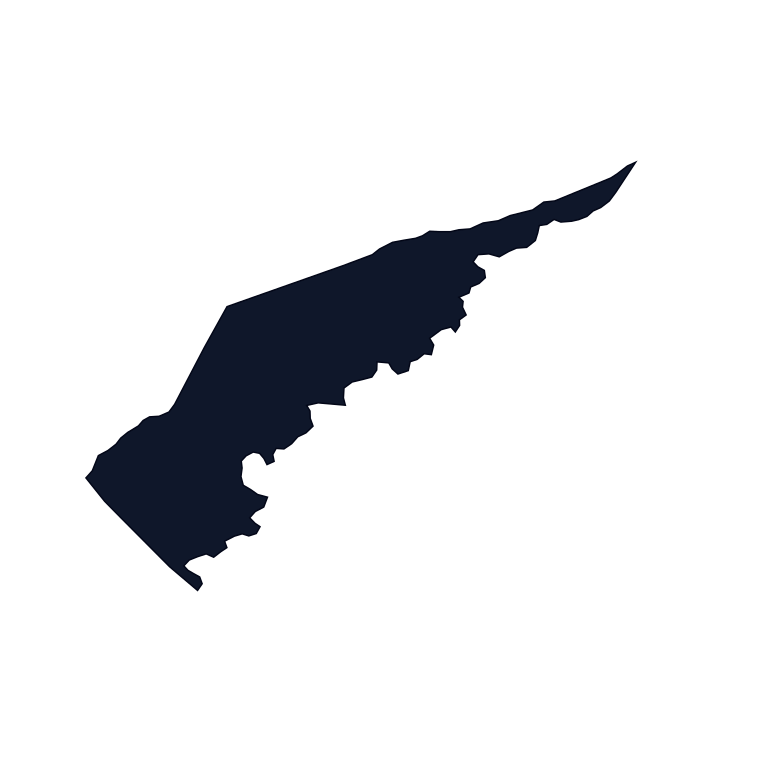 outline of São Miguel do Aleixo, Sergipe, Brazil, rotated 70°
{"feature_id": "56859067B31115724178454", "entity_name": "São Miguel do Aleixo", "entity_type": "district", "adm_level": 2, "iso_a3": "BRA", "parent_name": "Brazil", "parent_adm1": "Sergipe", "projection": "equal_earth", "projection_center": [-37.356, -10.368], "detail": "fine", "context": "isolated", "style": "filled", "palette": "ink", "viewbox_px": 768, "rotation_deg": 70, "n_neighbors": 0, "source": "geoboundaries", "source_scale": "gbopen_adm2", "svg_char_len": 1883}
<svg xmlns="http://www.w3.org/2000/svg" viewBox="0 0 768 768"><g transform="rotate(70 384 384)"><path d="M283.1,100.6L261.7,71.8L262.4,80.7L266.4,93.4L268.0,100.6L270.4,160.9L267.7,171.6L271.3,184.8L268.9,207.8L269.7,220.7L266.6,235.8L267.7,250.1L264.7,260.8L263.6,269.4L259.6,280.4L256.1,288.8L257.9,297.2L257.9,304.5L255.8,315.6L253.8,327.5L255.6,342.0L258.5,350.7L258.8,382.2L257.6,505.0L288.4,540.5L331.5,587.7L336.8,595.7L337.4,606.4L334.7,615.5L335.9,622.8L339.4,629.1L341.8,641.2L344.8,649.9L348.9,656.3L352.1,666.2L353.6,676.9L365.8,687.8L370.3,696.2L398.7,686.6L419.5,677.1L461.8,657.5L482.5,647.9L514.2,629.8L509.5,623.2L502.3,623.2L496.8,628.0L492.0,632.0L486.4,634.3L482.8,627.2L482.5,618.3L482.8,609.2L488.5,603.3L485.8,594.9L484.0,587.6L477.2,587.6L475.8,576.8L476.3,568.5L480.5,563.0L480.8,555.2L475.7,549.3L470.7,552.9L463.8,556.0L459.8,548.6L458.5,539.1L450.5,532.2L444.6,540.6L437.8,545.3L431.0,550.9L422.1,550.1L414.4,546.1L407.6,544.5L404.3,538.1L403.2,530.2L406.6,524.6L412.9,522.3L419.7,521.5L419.1,513.7L412.3,512.7L407.6,507.4L410.8,500.2L408.5,491.2L404.1,483.1L403.2,474.0L399.3,465.1L391.1,465.1L384.1,462.8L377.7,464.0L379.2,452.3L385.1,439.6L390.7,427.6L383.2,426.9L374.1,423.0L371.2,413.3L372.4,402.9L373.3,393.0L368.4,386.1L360.8,383.0L365.8,372.3L372.6,371.1L379.4,367.5L379.7,356.6L372.0,351.8L372.2,344.3L369.3,335.9L372.6,329.5L364.4,324.0L356.6,325.5L354.6,318.7L352.5,311.7L353.3,301.6L359.5,299.2L354.8,292.9L349.5,291.2L347.2,283.2L338.7,284.0L333.4,281.4L328.1,284.0L327.5,273.0L322.5,269.4L322.0,260.2L318.7,252.4L311.6,250.9L306.0,255.7L299.7,258.5L294.6,251.4L297.6,240.9L303.9,232.2L302.1,221.4L301.6,213.0L304.4,203.2L300.9,192.7L294.6,187.9L288.2,183.9L289.7,176.4L287.5,167.9L292.3,162.4L295.2,152.0L296.1,144.9L295.9,136.0L292.9,128.4L292.3,120.0L289.1,109.7L283.1,100.6Z" fill="#0f172a" stroke="#020617" stroke-width="1.5"/></g></svg>